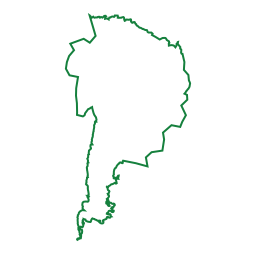 outline of Xanx, Hövsgöl, Mongolia
{"feature_id": "93677404B14141451758610", "entity_name": "Xanx", "entity_type": "district", "adm_level": 2, "iso_a3": "MNG", "parent_name": "Mongolia", "parent_adm1": "Hövsgöl", "projection": "orthographic", "projection_center": [100.416, 51.084], "detail": "fine", "context": "isolated", "style": "outline", "palette": "green", "viewbox_px": 256, "rotation_deg": 0, "n_neighbors": 0, "source": "geoboundaries", "source_scale": "gbopen_adm2", "svg_char_len": 5742}
<svg xmlns="http://www.w3.org/2000/svg" viewBox="0 0 256 256"><path d="M102.7,223.4L103.3,222.9L103.4,222.3L103.5,221.9L103.1,221.1L102.8,221.0L102.9,220.5L103.6,220.0L106.2,219.0L106.7,218.5L106.6,218.1L107.0,217.1L107.7,216.9L108.3,217.1L108.7,217.5L109.9,217.7L110.1,217.6L110.7,216.6L111.3,216.5L111.1,216.3L110.7,216.4L110.6,214.7L110.1,214.3L110.6,214.0L109.9,214.1L110.0,214.4L109.7,214.5L108.7,214.5L106.8,213.8L106.9,213.2L108.2,212.4L108.5,211.4L108.8,211.0L109.6,210.7L110.7,210.8L111.7,211.9L112.8,212.1L113.4,211.8L113.8,210.9L113.7,210.7L112.8,210.7L112.4,209.6L111.2,208.4L112.2,207.1L112.5,207.1L111.9,207.8L112.1,208.0L112.8,207.9L113.3,207.4L114.0,205.9L114.7,205.4L114.7,204.5L114.3,203.9L113.6,203.6L113.1,203.9L112.2,203.8L111.0,202.8L110.1,202.8L108.8,201.7L108.5,200.8L108.2,201.3L107.9,202.3L108.1,203.4L108.9,204.3L109.2,205.8L110.5,205.7L109.1,206.0L108.5,205.9L107.9,205.2L107.1,203.8L106.3,203.5L106.2,203.2L106.3,201.8L107.2,200.5L107.2,199.9L106.8,199.0L107.8,198.2L108.6,197.2L109.0,196.4L108.9,195.3L108.5,194.9L108.0,194.7L108.2,194.2L107.8,193.7L108.7,193.2L109.4,191.4L109.1,190.8L108.1,190.2L107.8,189.5L107.5,188.0L106.8,186.9L106.9,186.7L108.1,187.2L108.7,186.1L109.8,185.6L111.3,184.3L112.6,184.1L114.1,183.3L114.8,182.8L115.3,182.9L116.0,183.6L116.7,183.2L116.4,181.6L115.8,179.7L117.2,178.6L118.3,178.8L118.0,177.9L118.5,176.8L118.7,175.6L118.1,175.7L117.2,177.2L116.6,177.7L115.6,178.0L114.8,177.6L114.7,178.3L114.0,178.4L113.7,178.2L113.7,177.2L113.1,175.9L113.9,174.5L113.7,173.9L113.9,173.2L113.8,172.0L114.3,169.5L115.2,168.1L116.0,167.7L116.6,166.2L117.8,164.5L119.1,163.5L119.4,162.8L120.2,162.4L122.0,163.1L122.6,163.1L122.8,162.8L122.6,161.6L123.1,160.7L135.8,163.2L147.5,166.4L145.9,157.4L151.6,152.2L162.4,150.6L164.1,139.5L163.0,132.6L171.5,125.2L180.2,126.9L182.2,121.9L185.9,115.2L181.3,105.5L187.3,99.7L187.0,94.9L184.5,93.7L185.6,92.4L186.1,91.3L186.6,90.9L187.9,89.1L188.3,88.9L189.5,86.8L190.1,83.3L189.6,81.9L188.9,80.4L188.4,75.0L183.9,69.9L184.4,62.0L182.5,53.9L181.9,53.9L181.5,53.6L181.1,52.7L181.3,49.9L181.2,49.5L180.2,48.6L180.2,47.5L180.3,47.1L177.8,44.0L177.8,43.0L178.0,42.0L177.7,42.1L177.4,43.1L176.6,43.8L176.6,45.0L176.4,45.7L175.4,47.3L174.0,45.7L173.0,45.3L171.1,45.1L168.9,45.6L168.8,43.5L169.4,42.8L169.0,42.1L169.0,41.4L166.8,40.0L166.0,38.5L165.4,38.0L164.8,37.9L162.6,38.0L159.7,39.5L155.5,36.9L152.0,35.0L152.6,33.7L151.4,32.6L148.4,32.5L147.6,31.9L147.1,30.4L146.9,30.1L145.3,30.0L143.0,28.9L142.6,29.0L140.9,27.9L139.4,27.6L137.4,25.7L136.8,25.6L136.1,24.5L136.1,24.1L135.3,23.6L134.8,22.3L134.6,22.1L134.0,22.0L133.6,22.3L133.0,22.3L132.7,22.7L132.2,22.8L131.5,22.2L131.0,21.5L131.1,20.9L130.9,20.6L131.1,20.6L131.0,19.6L130.7,19.3L128.4,19.8L126.8,19.5L126.0,19.7L125.5,20.5L124.7,20.8L124.2,19.6L124.2,18.7L124.0,17.7L123.5,17.1L122.1,17.3L121.4,17.7L118.4,17.8L117.8,17.7L118.0,16.7L117.7,15.6L114.9,15.5L114.5,16.5L114.0,16.9L113.0,16.5L111.9,16.6L110.8,17.1L110.5,17.5L109.4,17.5L108.6,19.0L108.6,19.4L106.9,18.4L105.1,18.8L105.3,16.4L105.9,16.2L105.6,15.8L104.3,15.9L102.6,17.6L101.0,17.0L100.2,17.6L99.6,17.6L99.2,16.8L98.6,16.8L97.7,17.0L97.0,17.5L95.8,17.4L94.5,17.7L93.6,17.2L93.2,16.7L91.8,17.7L90.9,17.1L90.7,16.5L90.0,16.2L89.9,15.6L89.6,15.4L95.6,35.9L89.8,42.7L83.7,38.8L70.3,43.7L74.0,50.2L69.1,56.0L66.9,62.1L65.9,68.7L69.5,75.3L78.0,77.0L76.2,88.2L76.0,95.7L76.9,103.1L77.1,112.3L77.0,114.9L82.9,116.4L84.5,115.3L84.8,114.7L85.0,113.5L85.3,113.0L88.2,109.1L89.7,108.6L90.7,107.7L91.0,107.7L92.1,107.1L92.2,108.0L93.5,112.9L94.3,114.9L96.0,117.4L96.5,119.7L96.2,120.6L96.3,121.6L95.4,121.3L95.1,121.6L94.9,122.0L95.0,122.9L94.9,123.7L94.1,125.2L94.2,127.2L93.6,130.4L93.7,131.1L93.3,131.9L93.0,134.1L92.7,134.9L92.9,135.6L92.6,137.2L92.2,137.9L92.1,138.8L91.8,139.6L92.0,140.9L91.5,142.0L91.5,143.0L92.4,144.5L90.8,144.7L90.5,145.1L90.4,146.8L91.0,148.1L91.0,148.5L90.8,148.9L90.1,149.4L89.8,149.8L89.0,150.5L88.7,153.2L89.0,154.3L88.2,154.7L88.2,155.5L88.1,156.3L88.2,157.1L87.9,157.5L87.8,158.1L87.3,158.7L88.0,160.3L87.9,161.6L88.4,162.6L87.7,162.9L87.4,163.3L87.7,164.7L87.5,166.3L87.0,166.9L86.8,167.9L87.0,168.5L87.1,170.2L87.3,171.0L87.7,173.7L87.8,175.0L87.8,175.6L87.6,175.8L87.6,176.5L87.9,177.2L87.0,177.6L87.0,178.6L86.4,180.6L86.4,181.4L86.6,182.1L86.3,182.6L86.3,183.4L86.0,184.1L86.4,184.7L87.2,185.2L87.8,186.1L87.9,187.3L87.7,188.0L87.9,188.8L87.9,189.9L88.2,190.9L88.7,194.2L88.5,195.2L88.5,196.1L88.2,195.9L88.5,195.9L88.3,195.6L87.8,195.5L87.3,196.1L87.5,197.1L88.2,198.3L88.7,199.9L88.4,201.2L87.8,201.7L85.9,201.5L84.0,201.7L83.4,201.9L82.6,202.8L82.3,204.6L82.4,205.7L82.9,206.3L82.9,206.6L82.5,208.0L83.0,209.2L84.2,210.3L82.5,210.1L81.5,210.5L79.8,211.6L78.9,212.8L78.6,214.3L77.8,215.2L77.9,216.2L77.4,217.2L77.8,218.4L77.6,220.0L77.8,222.6L77.7,223.5L78.1,225.2L79.5,227.9L79.3,227.9L79.2,227.5L78.8,227.3L78.4,227.5L78.4,229.5L79.5,231.4L79.4,232.1L79.9,233.5L79.6,234.4L80.0,235.1L80.4,236.8L80.2,237.8L79.1,238.2L77.8,238.5L77.3,238.9L77.1,239.4L77.4,239.9L77.1,240.6L77.5,240.0L77.4,239.2L77.5,238.9L79.1,238.9L79.4,238.6L80.8,238.3L81.1,236.5L81.1,235.1L80.7,234.1L80.9,233.9L81.7,233.5L82.0,232.9L82.2,231.1L81.9,229.8L81.8,229.6L80.1,229.6L80.1,229.1L79.9,228.3L80.2,227.7L80.4,227.0L80.7,226.7L81.1,226.7L82.1,227.2L82.6,227.0L83.0,226.5L83.5,224.4L83.9,223.6L84.0,223.1L83.4,222.6L82.6,223.2L82.4,222.4L83.0,221.4L82.6,220.9L82.7,220.3L83.0,219.8L83.7,219.6L83.6,218.9L83.9,219.0L84.2,219.5L85.4,219.5L85.9,220.7L86.2,221.0L88.0,221.7L90.4,222.0L90.8,221.7L91.4,219.7L92.0,218.7L92.5,218.4L93.2,218.8L94.4,219.0L95.3,219.7L96.3,219.9L97.6,220.8L99.9,220.6L100.1,220.7L100.1,221.1L99.4,221.3L99.1,221.9L99.3,222.1L100.2,222.9L101.2,223.4L102.7,223.4Z" fill="none" stroke="#15803d" stroke-width="2"/></svg>